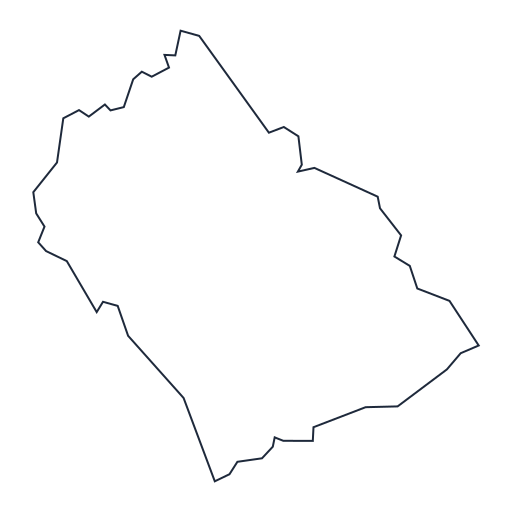 the district of Morgan, Tennessee, United States of America
{"feature_id": "52423323B10498305298620", "entity_name": "Morgan", "entity_type": "district", "adm_level": 2, "iso_a3": "USA", "parent_name": "United States of America", "parent_adm1": "Tennessee", "projection": "orthographic", "projection_center": [-84.667, 36.142], "detail": "fine", "context": "isolated", "style": "outline", "palette": "slate", "viewbox_px": 512, "rotation_deg": 0, "n_neighbors": 0, "source": "geoboundaries", "source_scale": "gbopen_adm2", "svg_char_len": 755}
<svg xmlns="http://www.w3.org/2000/svg" viewBox="0 0 512 512"><path d="M199.2,35.9L180.6,30.7L175.3,55.4L164.5,54.9L169.0,67.6L151.7,76.7L141.8,71.7L133.2,79.3L123.8,107.1L110.5,110.4L104.9,104.5L88.8,116.6L79.0,110.1L63.3,118.3L57.0,162.5L33.3,192.2L36.2,213.4L44.5,226.6L38.2,242.3L46.1,251.1L66.8,261.1L96.7,312.1L103.0,301.8L117.7,305.9L128.1,335.8L183.6,398.0L214.8,481.3L229.5,474.2L237.4,461.8L262.0,458.3L272.8,446.7L274.7,437.4L283.3,440.8L312.8,440.9L313.5,427.2L365.6,407.2L397.6,406.4L446.9,369.4L460.7,353.2L478.7,345.5L449.5,300.9L417.3,288.5L409.8,265.9L394.4,256.5L401.1,235.4L380.0,208.3L377.7,196.7L314.4,167.9L297.9,171.6L301.8,164.7L298.4,136.3L283.8,127.0L268.9,132.7L199.2,35.9Z" fill="none" stroke="#1e293b" stroke-width="2"/></svg>